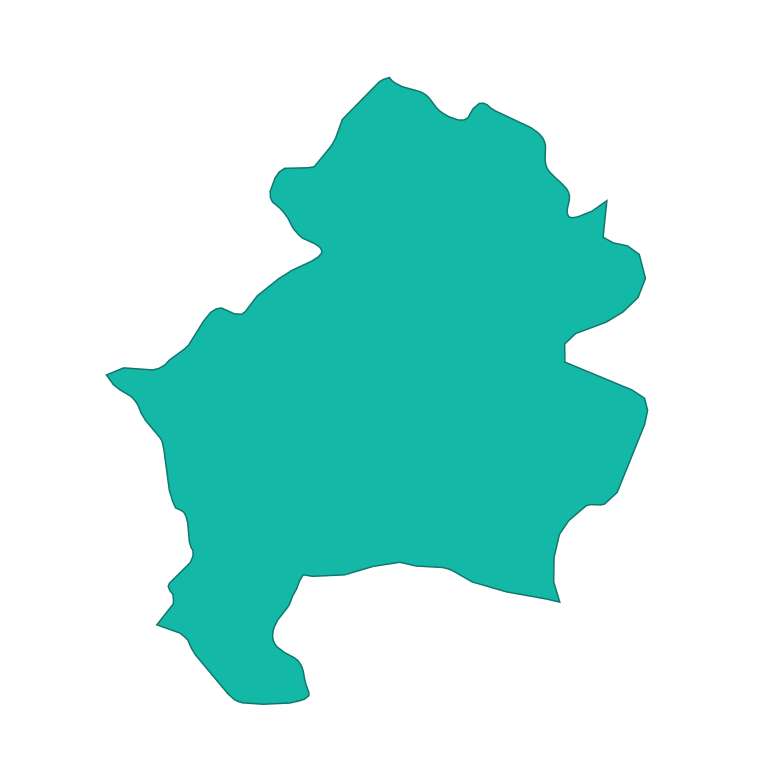 the Province of Isernia, rotated 352°
{"feature_id": "ITA-5402", "entity_name": "Isernia", "entity_type": "Province", "adm_level": 1, "iso_a3": "ITA", "parent_name": "Italy", "parent_adm1": "", "projection": "robinson", "projection_center": [14.21, 41.647], "detail": "fine", "context": "isolated", "style": "filled", "palette": "teal", "viewbox_px": 768, "rotation_deg": 352, "n_neighbors": 0, "source": "natural_earth", "source_scale": "10m", "svg_char_len": 2503}
<svg xmlns="http://www.w3.org/2000/svg" viewBox="0 0 768 768"><g transform="rotate(352 384 384)"><path d="M630.2,233.5L621.4,269.1L630.5,276.1L644.3,281.1L654.8,291.2L657.6,315.8L647.6,333.7L630.7,345.9L612.8,353.6L580.8,360.7L568.5,369.5L566.2,387.5L628.8,424.5L640.0,434.3L641.4,446.7L636.5,460.3L599.9,523.7L585.7,533.6L581.7,533.9L572.1,532.2L567.4,532.6L548.1,544.9L536.8,557.3L528.3,579.3L524.5,603.6L527.7,624.5L515.7,619.8L476.4,606.9L444.0,592.4L425.1,577.8L421.3,575.8L416.6,573.9L390.5,568.7L374.6,562.7L347.9,563.1L318.4,567.5L286.5,564.5L277.5,561.7L273.3,566.7L268.7,575.1L263.9,581.3L259.9,588.8L257.3,591.9L245.9,602.9L241.3,609.7L239.6,613.7L238.6,617.8L238.6,622.1L239.6,626.0L241.6,629.5L247.9,635.9L256.9,642.5L260.4,646.0L263.1,651.7L264.1,657.5L264.3,665.1L264.9,670.5L266.6,678.9L266.2,682.2L261.7,684.9L256.8,685.9L246.3,686.8L219.7,684.3L199.4,680.0L195.4,678.1L192.0,675.8L186.4,669.2L159.5,625.9L156.3,618.3L154.1,610.2L150.5,605.6L147.2,602.2L125.5,590.9L144.8,572.4L145.5,568.2L145.7,563.0L143.4,559.2L142.1,554.5L143.7,551.5L167.3,533.9L170.9,527.8L171.7,522.7L170.2,518.9L169.3,513.1L170.3,494.2L169.6,487.8L167.9,483.1L165.2,480.7L160.4,477.7L158.4,470.7L156.6,459.4L156.9,419.1L156.4,410.3L155.0,406.5L142.6,386.5L139.5,379.1L137.4,370.8L135.8,367.2L133.7,363.7L131.3,360.7L121.9,353.2L116.0,347.1L110.4,336.4L128.4,331.8L157.0,337.9L163.4,337.2L169.6,334.7L174.9,330.4L191.4,321.5L195.8,318.4L214.1,296.6L222.4,288.9L228.3,286.3L233.6,286.1L245.6,293.7L252.7,295.1L256.5,293.2L270.7,279.1L294.5,265.0L309.3,258.4L329.4,252.3L336.8,248.9L340.8,245.3L340.8,242.7L339.8,240.1L337.6,237.7L334.6,235.2L324.0,228.5L321.2,225.6L316.7,219.0L315.0,215.5L312.0,206.5L308.8,200.4L305.2,195.1L298.9,188.3L297.5,183.7L298.1,177.3L304.9,164.7L309.9,159.4L315.6,156.6L338.8,159.3L345.1,159.2L364.3,141.5L366.9,138.4L370.2,134.0L379.5,116.3L381.2,115.0L381.3,114.9L421.5,84.0L425.9,82.3L432.1,81.2L433.6,84.1L435.3,86.0L437.3,87.8L443.4,92.1L460.1,99.4L463.5,101.6L466.4,104.3L468.7,107.4L474.6,118.0L476.9,121.1L480.6,124.6L485.4,128.3L494.3,132.9L499.9,133.7L504.1,132.1L510.6,123.7L517.5,119.4L521.6,119.8L525.1,121.9L527.9,125.4L531.9,128.8L565.0,150.5L570.8,155.9L573.3,158.9L575.3,162.2L576.6,166.1L577.1,170.5L574.7,184.5L574.7,189.2L575.6,193.3L577.4,196.9L582.2,203.4L587.2,209.3L591.8,215.7L593.3,219.5L593.9,223.5L593.1,227.7L590.0,235.9L589.1,239.9L590.2,244.3L593.9,245.6L598.9,245.5L614.0,241.8L630.2,233.5Z" fill="#14b8a6" stroke="#0f766e" stroke-width="1.5"/></g></svg>